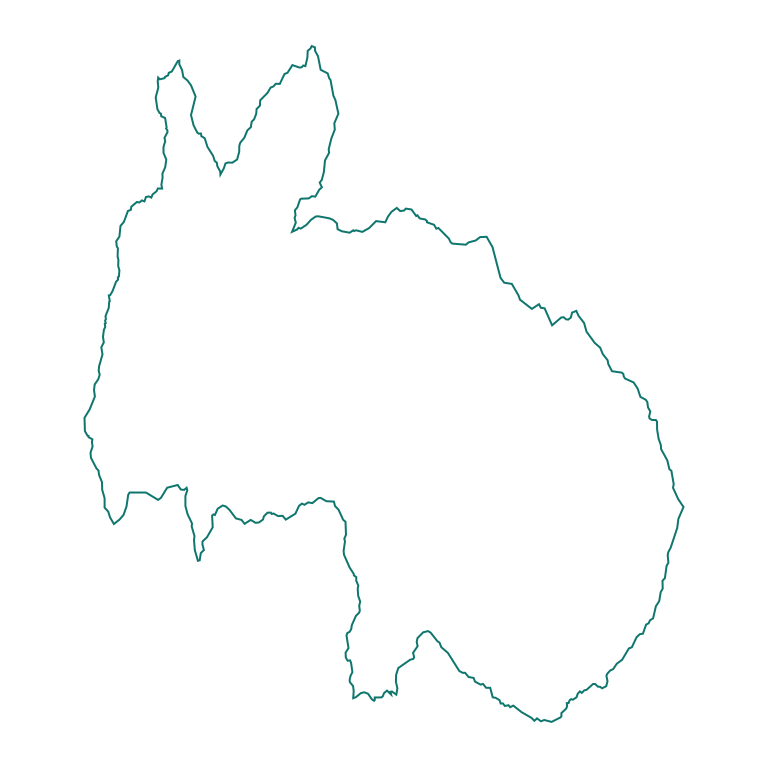 the district of Chitagà, Norte de Santander, Colombia
{"feature_id": "7082276B34318906622646", "entity_name": "Chitagà", "entity_type": "district", "adm_level": 2, "iso_a3": "COL", "parent_name": "Colombia", "parent_adm1": "Norte de Santander", "projection": "equal_earth", "projection_center": [-72.568, 7.068], "detail": "fine", "context": "isolated", "style": "outline", "palette": "teal", "viewbox_px": 768, "rotation_deg": 0, "n_neighbors": 0, "source": "geoboundaries", "source_scale": "gbopen_adm2", "svg_char_len": 6064}
<svg xmlns="http://www.w3.org/2000/svg" viewBox="0 0 768 768"><path d="M683.5,507.0L678.2,499.1L673.0,487.8L673.7,484.2L671.4,470.8L669.4,469.2L667.3,460.4L661.1,449.1L660.8,444.9L658.6,438.7L657.1,429.5L657.0,421.6L655.9,420.0L652.0,420.0L649.5,418.4L649.1,416.5L650.3,411.5L648.0,407.3L647.3,402.0L645.7,399.7L640.4,396.9L637.7,388.7L633.7,382.5L625.2,378.6L623.8,376.6L623.3,373.9L621.7,372.6L612.0,371.2L608.3,364.1L607.6,360.2L602.8,354.1L600.2,347.7L594.7,342.9L586.5,331.6L584.1,323.0L578.6,315.9L576.3,310.9L572.1,312.6L570.8,317.6L568.2,319.6L566.0,319.3L563.6,317.2L561.2,317.5L552.1,325.3L544.6,308.3L540.8,307.8L539.0,304.2L531.9,308.9L520.0,299.7L518.5,295.4L511.8,283.9L504.2,282.7L500.5,277.8L492.5,247.1L486.6,236.8L480.1,237.1L475.7,240.5L468.6,242.4L465.8,244.7L452.3,243.6L450.8,242.5L448.8,238.5L438.4,228.0L436.3,228.7L434.1,224.8L427.0,222.3L426.9,220.9L425.3,219.5L419.7,218.4L417.4,215.3L416.2,216.0L411.5,209.5L405.8,208.6L404.1,210.5L400.2,211.1L396.8,207.9L391.4,211.9L387.9,216.7L385.3,222.3L376.1,221.1L369.1,228.1L362.3,231.9L356.1,230.3L354.0,231.1L353.2,230.3L349.7,232.7L341.9,231.3L337.6,229.2L336.9,223.4L333.1,219.9L329.3,218.3L318.3,216.3L315.7,216.5L311.0,219.8L306.5,224.8L300.8,228.6L298.5,227.8L297.1,229.5L292.1,231.8L295.8,222.6L294.6,218.0L295.5,215.3L294.9,210.3L297.4,207.3L300.0,199.6L301.1,198.7L308.8,198.4L311.8,196.2L315.3,196.6L319.2,189.8L321.9,187.3L319.7,182.6L321.8,179.9L323.9,171.9L325.0,160.4L329.1,152.8L328.7,149.2L331.3,138.6L334.8,129.6L334.3,123.3L338.4,113.7L335.4,100.1L333.4,95.7L330.5,79.9L329.2,78.3L327.7,73.4L320.7,69.8L318.0,56.2L315.1,50.9L314.9,47.4L311.7,46.1L310.4,48.6L307.7,50.8L307.4,57.5L305.4,66.1L303.3,65.5L301.7,67.2L299.6,67.6L292.4,65.1L287.5,72.8L284.5,74.0L279.8,83.9L275.7,83.8L273.5,86.4L270.6,87.6L267.5,92.9L260.2,100.3L259.9,105.7L256.6,109.0L256.2,113.8L254.1,119.3L251.7,121.7L250.8,127.2L247.4,130.3L244.3,137.8L240.3,142.6L239.3,145.8L239.2,151.8L237.1,159.5L232.3,162.7L228.0,162.5L225.5,163.4L223.8,168.4L220.4,174.5L220.2,171.5L217.3,166.1L216.8,162.7L214.7,160.9L213.1,155.8L207.5,147.0L204.7,138.2L201.4,136.2L200.9,133.5L198.8,133.7L197.3,132.6L193.6,125.4L191.0,115.1L195.6,96.6L191.0,85.3L187.5,80.5L183.3,77.0L182.1,70.1L179.3,64.3L179.3,60.5L177.8,61.1L171.8,71.5L168.8,72.8L168.1,75.3L165.1,76.8L164.5,78.2L159.7,79.3L158.2,77.6L157.7,81.3L158.3,87.6L155.7,97.4L157.4,109.1L159.4,112.8L160.9,113.7L161.3,116.3L165.1,118.0L166.6,127.2L166.1,128.6L167.3,130.0L167.5,132.2L164.5,137.8L165.2,141.2L163.5,147.0L163.5,152.9L166.3,159.6L165.2,167.2L162.4,173.8L162.6,177.5L161.4,184.7L162.1,188.6L157.9,188.5L156.5,191.3L152.6,194.4L151.3,197.6L148.9,196.4L146.0,197.0L144.4,201.4L141.9,200.4L139.4,202.5L136.9,202.0L131.3,206.7L130.8,209.9L127.9,211.0L123.9,221.9L120.5,225.9L119.4,236.6L116.2,241.3L116.8,246.5L117.9,248.2L117.6,256.6L118.4,259.9L118.2,266.1L119.4,270.3L118.9,276.5L117.9,277.2L118.0,279.7L116.1,281.7L112.5,291.2L110.2,295.1L108.8,295.4L109.8,301.2L109.2,301.7L108.8,307.7L105.5,316.2L105.9,319.2L105.1,320.6L105.7,323.2L104.8,323.7L105.2,327.0L103.9,329.8L103.0,336.7L103.8,342.4L101.3,347.3L102.5,354.4L99.1,366.3L98.7,370.7L99.7,374.7L98.3,379.2L94.7,384.4L94.0,390.0L94.9,396.5L89.6,409.5L84.5,417.8L84.9,431.1L87.5,435.7L88.5,435.9L88.6,437.2L92.4,439.3L91.9,442.3L92.6,446.4L90.5,452.8L91.0,457.9L96.4,468.3L98.5,470.6L99.1,475.0L102.0,482.3L102.2,489.8L104.6,498.2L104.6,507.6L108.2,511.6L110.0,517.3L113.9,524.0L119.4,519.7L123.5,515.0L126.5,506.5L128.2,494.8L129.6,492.5L145.9,492.5L158.1,499.9L160.9,497.9L167.2,487.7L177.7,485.0L180.8,489.5L184.1,489.9L186.6,487.8L187.3,490.4L185.4,496.0L185.4,505.9L187.6,514.3L192.0,523.4L191.7,526.5L194.5,536.2L194.0,539.9L194.8,550.0L197.9,560.8L199.7,560.3L200.8,553.1L203.9,550.0L202.4,544.3L202.5,541.5L207.0,537.2L212.7,527.3L212.1,515.5L213.6,514.4L214.9,515.0L217.7,508.7L222.7,505.5L225.9,506.5L229.6,510.0L235.9,518.4L241.5,519.9L244.6,523.8L250.7,519.9L255.5,522.8L258.9,522.5L263.0,519.5L263.9,516.3L267.5,512.7L270.8,512.6L271.7,514.0L273.5,513.5L278.1,516.1L282.6,515.8L285.8,519.6L295.4,513.7L299.0,505.9L301.9,503.6L304.5,504.8L308.1,502.4L312.4,503.1L318.5,498.1L320.6,497.9L326.4,501.2L333.9,501.6L335.0,506.0L338.6,509.8L343.1,519.7L345.5,521.8L346.0,534.7L344.3,538.8L345.0,541.4L343.6,550.9L344.0,554.7L349.6,567.5L353.8,574.0L353.9,575.4L356.3,577.1L356.2,580.6L358.3,585.6L357.7,588.7L358.2,595.9L360.2,601.6L359.2,605.7L359.8,610.7L359.2,612.6L355.9,615.9L351.8,625.2L351.2,629.2L349.6,631.8L347.3,633.1L346.5,635.4L348.5,648.1L345.6,652.6L345.8,657.5L347.6,660.7L350.1,660.4L351.1,663.0L352.4,672.2L350.5,675.9L349.6,680.1L349.9,682.2L353.1,686.1L353.7,691.0L353.2,698.2L355.7,697.3L360.9,693.1L364.3,692.3L368.1,693.8L371.8,699.2L374.0,700.8L374.8,699.9L374.7,697.5L381.5,697.4L382.9,696.1L384.0,693.2L387.0,690.6L391.1,694.5L390.5,691.8L391.9,691.5L396.3,694.6L397.4,688.4L395.9,681.7L396.1,674.9L398.3,668.0L410.1,659.8L413.4,658.8L414.1,657.3L413.1,652.8L417.6,646.2L416.7,641.8L417.5,638.1L423.2,632.3L428.0,631.1L430.6,632.6L437.4,641.2L439.5,642.6L441.3,647.2L447.9,652.9L459.3,671.0L462.6,672.8L465.1,672.8L468.6,677.0L473.6,677.9L475.0,681.6L480.6,684.6L483.0,683.9L486.1,687.8L490.2,687.8L492.7,697.3L495.6,697.8L499.5,700.1L500.7,703.5L502.9,703.4L504.9,706.0L508.5,705.2L510.1,707.2L513.3,705.6L521.6,712.2L531.4,717.8L534.4,720.8L537.0,718.4L541.0,721.3L544.2,720.0L551.6,721.9L560.7,717.3L561.4,716.3L561.4,713.1L566.3,708.5L567.1,706.1L566.8,703.1L568.5,703.1L569.7,700.2L571.2,699.1L572.9,699.7L576.5,697.3L577.7,693.8L579.9,691.4L581.8,692.9L584.2,690.4L586.6,689.8L593.0,684.0L595.3,684.1L598.0,686.7L600.1,686.8L602.1,688.3L606.2,686.2L607.5,681.3L606.4,675.6L607.3,673.7L610.3,670.4L613.1,669.2L616.8,663.7L622.1,659.8L628.9,648.4L631.8,647.3L636.6,637.2L639.8,634.2L642.9,633.7L646.1,624.6L648.6,623.3L650.0,620.3L653.1,618.3L655.9,606.2L659.2,601.2L660.7,592.2L662.7,588.6L662.5,580.8L664.9,578.1L666.6,565.8L668.4,562.7L667.7,555.2L668.2,552.4L670.7,547.6L677.2,528.0L678.4,518.8L683.5,507.0Z" fill="none" stroke="#0f766e" stroke-width="2"/></svg>